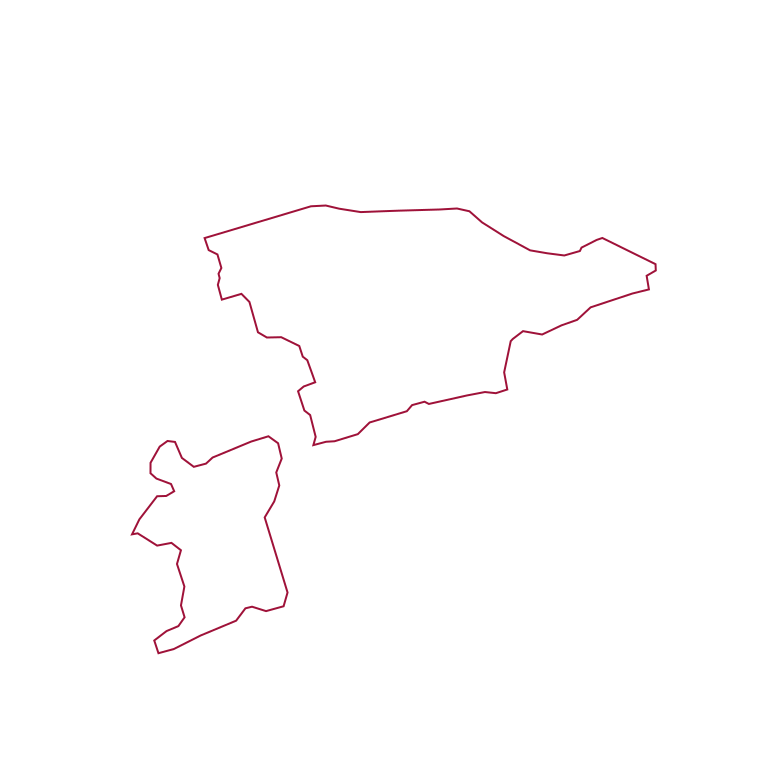 Magaria, Zinder, Niger, rotated 163°
{"feature_id": "23599985B72934105448405", "entity_name": "Magaria", "entity_type": "district", "adm_level": 2, "iso_a3": "NER", "parent_name": "Niger", "parent_adm1": "Zinder", "projection": "orthographic", "projection_center": [9.055, 13.224], "detail": "fine", "context": "isolated", "style": "outline", "palette": "rose", "viewbox_px": 768, "rotation_deg": 163, "n_neighbors": 0, "source": "geoboundaries", "source_scale": "gbopen_adm2", "svg_char_len": 1520}
<svg xmlns="http://www.w3.org/2000/svg" viewBox="0 0 768 768"><g transform="rotate(163 384 384)"><path d="M89.3,419.2L132.5,459.8L138.5,459.6L155.2,456.7L157.8,453.9L174.0,454.2L189.7,461.3L205.2,469.1L226.4,490.6L243.0,509.9L251.8,524.2L262.9,530.5L279.7,534.6L318.7,545.3L334.8,549.6L356.0,555.2L375.5,564.7L387.5,571.7L401.9,575.3L512.9,576.0L512.5,563.3L505.4,556.6L505.6,542.5L510.0,537.8L510.2,533.3L513.9,527.4L514.4,512.1L494.0,511.9L488.7,501.8L489.4,470.3L482.4,462.7L468.6,458.8L453.9,445.1L453.7,433.9L450.4,429.2L449.7,415.0L449.3,405.8L461.5,405.1L468.3,402.2L467.9,381.9L463.7,375.9L464.8,353.4L469.4,346.2L456.3,345.7L448.0,343.7L423.7,343.7L409.0,351.4L370.1,351.3L363.3,355.6L350.4,355.2L346.9,351.8L308.1,348.8L289.8,346.8L279.7,342.5L267.7,342.7L265.7,360.0L250.3,387.9L247.7,389.4L235.6,393.9L218.3,385.1L197.1,388.2L180.5,388.9L164.0,396.9L120.0,397.9L103.0,397.0L101.2,410.7L90.9,413.1L89.3,419.2ZM678.7,205.9L678.4,192.5L662.5,192.0L632.9,197.1L594.6,200.9L582.1,210.0L575.3,209.6L563.2,201.3L545.0,200.8L537.2,212.8L537.1,291.3L523.3,303.8L513.8,317.6L512.9,330.9L503.6,342.6L502.6,358.3L509.8,367.8L527.8,367.8L569.4,363.8L577.5,359.9L590.1,360.4L598.9,372.4L600.8,389.7L607.7,392.8L616.8,389.7L630.3,376.9L633.4,366.9L629.3,360.1L616.9,350.6L616.0,342.8L625.0,340.6L633.8,343.0L657.5,326.1L668.9,313.9L663.2,313.2L648.2,295.8L633.7,294.2L626.8,284.4L634.6,272.4L634.1,248.7L642.9,231.6L642.9,219.2L651.4,212.6L664.2,211.3L678.7,205.9Z" fill="none" stroke="#9f1239" stroke-width="2"/></g></svg>